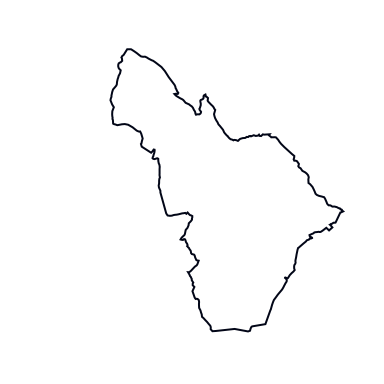 Atempan, Puebla, Mexico (Albers equal-area conic projection), rotated 129°
{"feature_id": "50627088B4363090136249", "entity_name": "Atempan", "entity_type": "district", "adm_level": 2, "iso_a3": "MEX", "parent_name": "Mexico", "parent_adm1": "Puebla", "projection": "albers", "projection_center": [-97.445, 19.802], "detail": "fine", "context": "isolated", "style": "outline", "palette": "ink", "viewbox_px": 384, "rotation_deg": 129, "n_neighbors": 0, "source": "geoboundaries", "source_scale": "gbopen_adm2", "svg_char_len": 5988}
<svg xmlns="http://www.w3.org/2000/svg" viewBox="0 0 384 384"><g transform="rotate(129 192 192)"><path d="M121.9,332.2L128.4,331.4L129.2,331.5L130.0,331.8L131.9,331.5L132.2,330.6L134.0,328.8L136.0,329.0L136.4,329.3L137.4,329.7L138.2,329.9L139.7,329.3L141.0,328.2L142.0,326.6L142.3,324.0L145.1,322.6L147.9,322.1L149.4,321.4L151.1,320.8L153.7,319.5L155.6,318.2L156.9,317.8L158.9,317.8L162.0,317.9L164.6,316.9L165.9,316.2L167.7,315.3L168.7,314.5L170.5,313.9L172.0,313.1L174.2,309.2L175.3,306.1L179.3,304.8L181.8,303.0L183.2,301.7L184.4,300.3L185.3,299.8L185.8,298.8L188.5,296.3L188.3,295.2L187.7,294.0L187.1,292.1L184.6,290.0L183.5,289.1L181.5,287.0L179.9,283.9L179.1,278.9L179.1,273.7L178.9,272.7L178.4,271.2L177.6,270.4L178.6,268.2L180.5,265.4L181.5,264.0L183.9,263.0L186.0,261.9L186.8,261.9L188.4,259.6L187.2,248.5L185.5,248.3L183.1,248.5L182.7,247.7L183.3,247.1L185.2,246.0L187.4,245.2L188.8,244.5L189.7,244.4L190.6,243.9L190.6,242.9L190.0,241.8L187.7,240.3L187.4,239.2L189.3,237.5L190.7,235.8L191.3,234.5L192.8,232.9L194.5,231.7L198.2,228.7L199.3,227.9L201.0,226.0L202.2,225.7L203.7,224.8L205.6,223.3L206.5,222.7L207.9,222.0L209.3,220.5L210.9,217.4L212.3,216.2L224.9,198.5L225.6,196.2L224.5,194.3L223.5,193.2L222.7,192.5L221.8,192.0L220.8,191.2L219.2,189.6L217.9,188.5L214.8,186.2L213.8,185.2L212.5,184.1L212.5,182.7L210.7,182.5L211.1,180.5L211.2,179.0L210.7,177.8L210.5,176.6L211.7,175.7L212.6,175.4L213.5,174.6L215.5,174.5L218.3,174.8L220.1,173.7L221.8,173.2L223.0,172.9L224.2,173.0L225.5,173.0L229.1,171.1L230.4,170.8L232.0,171.1L234.1,171.3L236.1,171.0L235.8,170.2L235.4,169.6L235.0,168.9L234.5,168.7L233.7,168.6L233.2,167.9L233.3,167.3L233.8,166.4L234.5,165.5L234.9,164.7L235.2,163.4L235.8,162.4L236.3,161.8L237.1,161.7L237.1,161.4L237.4,160.3L237.4,159.2L238.1,157.7L238.4,156.2L239.1,155.3L240.1,154.2L240.3,153.0L239.4,151.1L239.6,150.1L240.9,148.3L242.2,145.7L242.0,145.1L241.2,143.6L243.2,142.9L244.9,142.3L246.1,142.2L248.2,142.8L252.4,143.1L254.0,143.2L255.7,143.6L256.3,143.9L256.8,144.6L257.8,141.9L258.5,140.8L258.8,139.3L259.1,138.9L259.7,137.5L260.6,136.8L261.1,135.6L261.6,134.0L262.7,133.8L264.0,132.8L264.3,130.4L268.8,129.2L272.4,123.4L272.6,122.8L272.8,121.8L272.0,121.1L271.6,120.3L271.7,118.8L272.4,117.9L273.1,117.2L274.4,116.3L275.6,115.3L277.6,113.5L278.7,110.9L280.0,109.1L281.0,107.4L282.2,106.2L282.8,105.3L282.7,104.1L283.2,101.0L283.5,98.5L284.1,95.7L284.4,93.7L285.2,92.4L286.9,91.1L287.3,88.5L284.9,85.9L271.6,72.7L265.1,60.7L263.3,59.6L261.3,60.5L259.7,60.9L258.6,60.7L248.5,51.8L234.8,56.6L234.0,56.8L233.8,56.8L229.2,58.8L226.7,59.7L224.4,60.4L221.6,60.5L218.0,60.7L216.2,60.7L211.4,60.6L210.4,60.7L208.5,61.0L206.8,61.4L205.1,61.7L204.4,61.9L203.1,62.0L202.3,62.1L201.7,62.3L201.1,62.7L200.7,63.2L200.5,63.6L200.3,64.2L200.2,64.8L200.2,65.7L200.0,65.8L199.8,65.7L199.6,65.5L199.3,64.3L199.2,63.7L199.0,63.4L198.7,63.3L197.4,63.4L195.1,63.7L193.6,63.6L192.2,63.5L191.2,63.3L189.8,63.1L188.0,63.1L187.2,64.4L185.7,65.7L184.5,66.4L184.1,66.5L182.7,66.6L182.1,66.9L181.5,67.2L180.6,68.2L179.4,68.9L177.4,69.9L174.6,71.5L170.3,73.7L168.7,74.3L168.4,74.1L167.1,73.9L162.0,73.0L159.1,72.4L158.5,72.3L157.6,72.4L157.1,72.3L155.5,71.2L154.3,71.2L153.9,71.0L153.5,70.4L152.2,69.7L152.0,69.9L152.0,70.6L152.1,71.0L152.3,71.5L152.5,72.1L152.3,72.5L152.0,73.1L151.5,73.6L150.4,73.0L149.5,72.6L147.7,71.6L146.5,71.5L146.2,71.3L145.6,70.8L144.5,69.7L143.1,68.4L142.9,67.8L142.4,67.2L141.8,66.8L139.9,66.2L135.3,65.1L135.6,61.3L131.2,60.6L130.8,62.5L130.6,63.4L130.6,64.1L130.4,64.0L129.9,64.0L129.9,63.7L126.9,62.7L126.5,62.4L125.9,61.5L125.4,61.2L114.6,63.8L114.2,63.4L111.9,62.3L111.9,62.7L112.1,63.0L112.2,63.8L111.6,64.2L111.5,64.3L111.5,64.5L111.6,65.0L112.0,65.6L112.0,65.9L111.9,66.0L111.7,66.3L111.7,66.9L112.3,67.9L112.5,69.4L112.8,70.4L113.2,71.1L113.3,71.4L113.4,71.7L113.9,72.5L114.3,72.9L115.0,73.7L115.1,74.4L115.1,74.9L115.3,76.0L115.5,76.2L115.6,76.6L116.3,77.3L116.3,78.5L116.0,79.7L115.1,81.2L113.5,84.3L112.9,86.0L113.9,88.4L115.1,90.9L115.7,93.1L115.6,94.9L114.5,96.8L113.3,99.2L112.2,101.6L111.6,105.1L111.7,107.1L109.0,109.5L107.0,110.6L105.9,112.4L105.5,114.5L105.5,116.4L106.1,119.6L105.2,122.6L105.4,123.5L105.5,124.4L105.0,125.7L103.8,126.1L102.9,126.6L102.0,129.8L102.4,131.1L103.3,132.2L102.7,133.5L100.7,134.4L99.6,135.2L99.6,138.1L99.1,146.7L99.0,148.5L98.6,152.3L98.5,153.2L97.9,155.8L97.2,157.9L96.7,161.1L97.2,162.0L97.9,162.8L99.6,164.8L99.5,165.2L99.5,168.0L98.3,168.0L102.1,172.1L102.6,173.2L105.0,173.5L105.8,174.7L105.3,176.0L106.5,176.1L108.3,177.7L109.0,179.7L111.5,181.1L111.4,181.3L111.8,182.0L112.7,182.8L113.5,182.8L114.0,183.0L114.7,184.1L115.4,184.4L116.2,184.5L116.7,184.9L118.2,186.5L120.4,188.0L121.9,188.3L123.1,188.3L123.5,188.7L123.7,189.8L124.4,191.2L125.1,192.1L125.4,192.2L125.7,192.5L125.8,192.5L126.0,193.6L126.2,194.3L126.6,194.9L126.7,195.4L126.7,195.9L126.7,197.0L126.3,199.2L126.1,199.5L126.2,200.4L125.7,203.4L125.4,204.6L124.2,206.9L123.9,208.1L123.1,211.9L122.8,214.0L121.8,215.9L121.1,218.1L120.0,220.6L118.9,222.3L117.6,223.9L113.6,225.6L113.3,227.0L112.6,228.4L112.2,230.1L112.1,231.9L111.8,234.3L111.6,236.0L111.2,237.3L108.9,238.7L108.8,240.6L109.1,241.5L108.3,242.2L107.8,242.9L109.3,243.5L110.1,243.4L111.0,242.8L111.6,242.2L112.5,242.0L113.4,242.2L114.8,243.0L115.6,243.1L116.5,242.4L117.7,240.9L119.1,239.8L121.9,238.7L122.7,238.6L123.3,237.9L123.7,236.4L124.0,235.4L124.8,235.0L125.6,234.8L127.0,235.1L128.5,237.0L129.4,237.5L129.0,238.6L128.2,239.4L127.5,240.5L127.0,242.2L126.0,244.2L125.6,246.0L125.8,248.3L125.7,249.2L126.0,250.4L126.7,253.1L126.0,256.6L126.1,258.0L126.6,260.2L126.9,262.4L127.1,263.9L127.2,265.3L126.9,267.3L125.7,266.3L124.8,264.8L123.6,265.0L123.0,267.1L122.0,268.9L121.7,269.9L120.5,271.4L119.7,273.1L119.0,275.9L117.4,282.3L115.1,289.2L114.1,294.4L114.3,302.1L114.5,304.8L115.0,306.3L115.7,309.8L115.9,311.8L116.4,313.7L117.7,315.1L118.7,316.9L118.8,319.5L118.8,322.2L119.0,325.2L119.4,329.1L121.9,332.2Z" fill="none" stroke="#020617" stroke-width="2"/></g></svg>